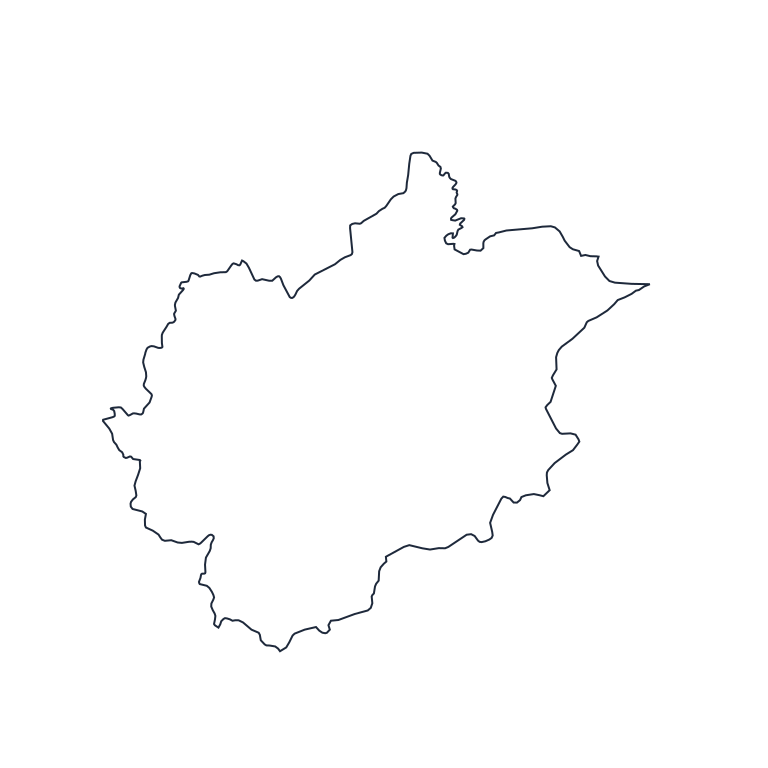 Krong Nang, Đắk Lắk, Vietnam (Robinson projection), rotated 241°
{"feature_id": "81297802B49219208970184", "entity_name": "Krong Nang", "entity_type": "district", "adm_level": 2, "iso_a3": "VNM", "parent_name": "Vietnam", "parent_adm1": "Đắk Lắk", "projection": "robinson", "projection_center": [108.434, 12.998], "detail": "fine", "context": "isolated", "style": "outline", "palette": "slate", "viewbox_px": 768, "rotation_deg": 241, "n_neighbors": 0, "source": "geoboundaries", "source_scale": "gbopen_adm2", "svg_char_len": 6166}
<svg xmlns="http://www.w3.org/2000/svg" viewBox="0 0 768 768"><g transform="rotate(241 384 384)"><path d="M342.4,664.9L351.5,649.2L360.7,635.1L364.8,631.1L370.9,629.4L383.8,628.7L388.2,630.0L391.4,633.4L392.7,631.6L395.7,626.5L399.2,622.7L400.5,618.5L405.7,619.1L410.3,614.5L413.7,612.7L421.8,611.5L426.0,611.7L432.3,611.6L438.1,609.4L441.1,606.4L444.9,598.6L448.3,589.2L458.9,565.5L460.9,557.9L461.8,555.2L460.6,552.4L461.7,548.4L461.2,542.6L460.9,541.4L460.0,540.0L458.9,539.1L454.7,536.8L453.8,533.1L455.7,530.0L459.2,525.7L459.7,524.4L458.0,521.4L458.2,518.8L459.0,516.5L467.5,511.0L470.9,512.3L472.3,513.5L473.0,512.6L475.2,507.8L476.9,506.6L479.9,506.8L482.5,507.7L483.5,510.4L483.8,512.8L483.4,515.6L482.3,517.3L478.8,514.9L478.2,515.1L478.0,516.5L478.5,518.3L479.3,520.0L482.1,522.5L483.0,523.9L482.9,527.4L483.1,528.7L484.0,528.8L486.5,527.5L487.4,528.4L488.7,533.6L489.5,534.4L490.0,534.3L491.6,531.8L492.4,525.5L494.1,523.3L495.0,522.3L496.2,522.8L496.8,523.7L497.9,528.8L500.0,532.1L501.0,532.3L502.7,531.4L503.9,530.3L505.2,530.1L505.8,530.2L506.7,533.3L507.5,534.4L511.6,536.4L512.6,537.6L513.9,539.9L514.7,540.2L515.4,540.2L516.3,540.4L517.5,541.6L518.3,541.6L519.4,540.9L520.9,538.8L521.6,538.6L522.4,539.1L522.9,540.1L523.9,543.3L524.6,544.6L525.2,545.1L526.3,545.2L527.3,544.8L530.8,541.9L532.3,541.5L533.6,541.5L536.4,542.5L537.7,542.2L538.8,540.6L538.6,539.4L537.7,537.2L537.7,536.7L538.7,535.5L539.9,534.8L540.7,534.7L541.7,535.3L544.9,538.2L546.6,538.6L548.6,537.6L551.9,537.4L553.2,536.9L555.9,534.7L561.5,534.5L564.3,533.7L568.1,529.2L571.8,522.0L572.0,519.4L570.8,517.8L564.3,512.8L555.0,506.4L549.0,501.6L544.4,498.6L542.9,497.2L542.1,496.0L541.5,493.5L543.2,488.6L543.3,483.3L542.2,479.5L538.6,472.3L537.8,470.0L538.0,467.6L537.7,463.4L536.6,460.0L536.5,445.4L535.7,441.9L535.9,440.5L538.6,436.6L539.4,433.8L539.1,431.3L536.8,429.9L514.6,420.3L513.2,418.9L512.9,417.3L513.8,411.2L513.7,406.0L512.5,399.2L513.3,376.5L510.7,368.8L508.5,355.9L507.5,353.1L505.2,349.9L504.0,347.7L503.7,345.7L504.3,344.5L505.7,343.7L519.1,343.9L526.0,344.9L527.8,344.9L529.2,344.4L529.7,343.2L529.7,341.4L528.5,336.3L530.1,333.5L534.8,328.2L535.6,323.7L536.4,322.1L538.2,321.3L551.1,322.2L556.0,322.1L559.5,320.6L560.8,319.7L558.1,316.1L557.9,315.1L558.7,314.0L560.3,313.0L562.4,311.0L562.5,309.8L561.7,307.8L558.6,301.5L558.5,299.9L561.1,294.9L563.3,289.0L564.3,284.2L566.2,280.1L566.8,277.6L567.1,275.2L567.6,274.6L569.6,274.2L572.6,271.8L574.0,270.1L574.2,269.7L574.2,269.0L573.1,267.3L569.2,263.2L568.8,262.5L569.1,260.9L571.0,256.3L570.9,255.7L568.6,252.6L567.9,252.2L566.7,252.2L565.6,253.2L565.0,255.0L564.3,255.0L563.6,253.8L561.6,247.9L559.1,245.6L556.4,241.1L554.6,239.5L553.6,239.0L549.0,237.5L547.3,234.6L546.9,234.3L545.1,233.7L542.1,233.2L541.2,232.7L540.2,230.7L540.1,229.5L540.3,228.4L541.4,226.3L541.2,224.4L539.4,221.4L536.2,215.4L534.6,213.5L533.3,212.7L527.5,209.6L523.9,208.2L523.6,207.6L523.7,206.6L524.3,205.2L525.1,204.0L528.5,201.0L529.9,199.0L530.3,197.4L530.3,194.8L529.4,193.1L527.1,190.5L526.0,189.6L521.9,185.4L519.6,183.8L515.2,182.6L509.7,181.5L506.0,179.8L504.7,178.8L503.0,177.1L500.5,174.0L499.1,173.1L497.9,173.0L495.4,173.4L487.9,175.7L487.2,175.6L486.6,175.5L485.5,174.6L481.5,170.0L478.8,162.1L476.3,159.9L475.4,158.9L475.2,158.2L475.1,156.8L475.9,155.5L478.3,152.9L479.5,151.2L480.0,150.1L480.0,146.9L480.2,145.3L480.8,144.9L488.9,143.2L491.0,142.5L492.2,140.8L494.6,135.4L495.1,133.5L495.0,133.2L494.5,133.1L492.6,134.7L491.1,134.9L488.4,134.0L486.7,133.1L486.4,132.1L486.6,130.4L488.9,121.0L487.9,120.3L478.2,122.1L472.3,122.1L466.4,119.9L464.2,119.7L460.6,120.5L457.5,120.3L454.5,120.4L451.2,121.9L448.4,121.7L447.3,121.0L446.4,121.0L444.5,122.3L444.1,123.4L443.8,126.7L443.0,127.6L440.0,128.2L435.9,133.6L435.1,133.7L434.8,133.0L428.5,129.9L423.8,124.9L419.3,119.6L416.1,116.5L410.9,115.0L406.6,113.4L405.4,112.0L404.8,108.5L403.6,105.7L402.2,104.3L399.5,103.1L396.6,103.5L389.7,110.8L385.8,112.8L381.3,109.1L376.1,106.4L373.9,106.2L367.8,110.7L361.6,113.8L358.1,114.0L355.4,114.4L353.1,116.3L350.5,122.2L345.4,126.7L343.0,130.2L340.5,137.1L339.3,139.4L338.2,141.0L333.7,144.1L333.6,145.4L333.8,146.8L336.3,155.9L336.6,157.6L336.3,159.2L335.5,160.3L333.4,161.1L331.6,160.3L330.3,158.6L329.1,156.5L327.4,154.6L324.4,152.8L322.4,150.6L318.5,144.1L312.8,139.9L306.0,136.6L305.2,135.8L305.3,134.8L306.3,132.9L306.2,132.0L305.6,131.3L303.4,129.5L300.6,126.2L299.0,125.8L298.3,125.9L293.4,131.2L290.3,132.4L285.5,132.7L282.2,132.5L279.7,131.9L278.1,130.1L275.7,126.6L273.1,125.0L269.3,124.6L265.3,124.6L262.9,124.1L260.0,122.0L256.5,119.0L255.0,119.1L251.2,121.1L253.2,124.3L255.4,126.6L256.3,129.7L256.3,131.4L255.1,133.0L252.9,135.1L250.4,136.7L249.5,139.3L247.8,142.3L243.8,145.1L233.4,149.0L227.2,153.8L224.8,153.8L219.6,152.0L214.1,153.4L212.4,154.4L210.7,157.2L207.2,161.6L203.9,163.1L200.7,163.5L201.0,170.8L204.0,175.9L208.3,182.1L209.0,184.8L207.6,195.6L204.4,206.7L199.7,207.8L196.4,209.5L194.5,211.8L194.1,213.4L195.4,217.5L200.0,218.5L202.7,222.8L199.7,229.7L197.0,247.0L193.8,260.0L194.6,263.9L197.9,267.5L204.1,270.2L205.0,271.4L205.7,273.6L211.3,278.0L213.1,280.3L214.6,284.0L222.6,289.0L225.3,292.2L226.9,296.7L227.6,300.0L232.0,301.9L231.9,322.4L230.8,328.0L221.7,337.9L216.9,344.0L213.9,352.3L210.7,357.8L210.3,361.3L212.1,383.2L210.4,387.4L207.1,389.6L201.4,390.3L199.6,391.1L198.4,392.7L197.3,396.4L196.9,400.7L197.2,403.5L198.8,405.6L202.1,406.9L211.1,409.5L216.7,415.9L226.8,431.0L227.7,433.7L226.4,435.3L224.3,436.9L222.8,438.6L217.5,439.9L215.8,442.8L216.5,446.7L218.5,449.4L217.9,454.1L215.1,461.7L211.5,465.9L208.6,469.0L210.8,477.4L218.2,478.9L225.3,482.1L227.6,483.6L229.1,485.9L232.1,494.9L234.1,508.9L234.5,517.2L237.2,523.4L238.9,526.9L241.3,527.3L246.8,527.0L250.4,523.2L254.1,515.6L255.8,514.0L261.7,512.9L283.8,513.6L285.3,514.0L286.5,516.7L287.6,521.0L299.1,533.4L306.2,533.5L308.0,533.7L309.7,536.0L313.1,542.0L324.0,547.5L327.1,550.6L328.9,553.3L330.5,557.6L332.2,570.8L336.1,586.5L339.7,591.3L340.1,593.3L339.2,602.3L340.0,615.0L342.2,624.0L344.1,629.1L343.1,636.5L342.8,644.3L343.5,649.6L342.6,652.5L343.2,658.8L342.4,664.9Z" fill="none" stroke="#1e293b" stroke-width="2"/></g></svg>